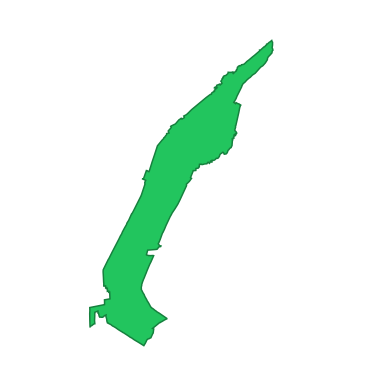 outline of Scobinti, Iasi, Romania, rotated 127°
{"feature_id": "2599482B99021610053255", "entity_name": "Scobinti", "entity_type": "district", "adm_level": 2, "iso_a3": "ROU", "parent_name": "Romania", "parent_adm1": "Iasi", "projection": "natural_earth1", "projection_center": [26.947, 47.425], "detail": "fine", "context": "isolated", "style": "filled", "palette": "green", "viewbox_px": 384, "rotation_deg": 127, "n_neighbors": 0, "source": "geoboundaries", "source_scale": "gbopen_adm2", "svg_char_len": 5862}
<svg xmlns="http://www.w3.org/2000/svg" viewBox="0 0 384 384"><g transform="rotate(127 192 192)"><path d="M320.2,205.7L319.0,204.5L320.6,203.2L319.9,202.6L320.6,202.1L320.0,201.5L322.3,199.8L321.3,198.9L322.2,198.1L321.5,197.5L326.7,193.2L330.8,197.0L332.5,195.6L334.6,194.1L345.8,204.1L348.3,202.1L350.7,200.5L355.3,196.9L360.8,192.5L361.0,192.2L360.7,192.1L360.3,192.3L360.0,192.1L359.8,192.2L358.7,191.5L358.2,191.5L357.5,191.3L357.4,191.2L356.3,190.9L355.7,190.3L353.4,192.4L349.3,195.2L347.9,196.3L347.4,196.5L347.2,196.8L346.6,197.2L343.7,195.5L345.2,194.3L344.9,193.9L347.0,191.4L347.5,190.5L347.1,190.1L346.8,189.3L345.8,188.0L344.6,187.5L343.9,187.6L343.1,187.3L342.0,186.6L342.9,186.2L343.3,185.7L344.8,183.7L346.4,182.2L347.4,180.8L347.1,180.3L347.3,180.1L346.7,176.8L346.8,175.7L346.8,174.7L346.6,173.9L346.3,171.3L346.3,170.6L346.2,167.5L345.8,163.3L345.8,162.6L345.6,161.8L345.2,155.8L345.2,154.1L345.1,153.3L344.9,153.0L344.8,149.1L344.2,143.8L343.7,138.0L340.6,138.3L337.8,138.9L336.8,139.0L335.5,138.5L335.1,138.0L334.7,138.0L333.2,137.1L328.8,138.1L328.1,138.1L327.5,138.4L325.2,139.7L324.4,140.1L324.7,141.4L315.6,139.2L315.4,138.8L314.9,138.7L313.2,137.9L312.5,137.7L311.8,137.3L311.0,137.1L307.9,135.5L308.1,135.8L308.5,145.4L308.8,147.8L308.7,149.0L308.8,150.2L308.7,152.4L308.7,153.5L308.8,154.0L308.7,155.4L308.2,156.8L307.5,158.2L306.4,160.7L306.0,162.1L305.3,163.3L303.7,167.0L302.9,168.2L302.5,169.1L302.0,170.5L301.0,172.4L300.4,173.8L299.8,174.1L299.3,174.7L298.3,175.3L296.6,176.1L296.1,176.5L293.2,177.5L290.8,178.2L289.3,178.5L285.5,179.6L285.2,179.6L281.8,180.6L275.0,182.3L272.6,182.7L265.9,184.3L266.0,184.6L266.7,185.6L267.8,186.8L268.1,187.4L268.5,187.9L268.8,188.1L269.0,188.9L269.6,190.2L269.6,190.6L265.1,192.4L259.4,186.0L258.6,185.4L256.0,185.4L254.7,184.7L254.5,184.2L253.8,184.3L254.1,185.0L254.3,185.7L253.7,187.8L252.0,188.1L249.2,188.8L242.8,190.8L241.6,190.9L238.2,191.6L234.4,192.6L224.8,194.6L222.3,194.9L221.0,195.2L215.5,195.5L210.2,196.0L205.4,196.9L190.6,200.1L189.9,200.4L189.1,201.2L187.2,200.8L185.6,200.6L185.2,200.5L181.4,200.6L181.5,201.8L175.3,203.5L175.0,203.6L174.2,203.9L173.3,202.7L172.5,201.9L170.9,203.0L169.0,201.3L167.5,201.6L167.4,201.4L165.4,202.7L165.0,202.2L164.8,201.8L164.3,201.6L164.2,201.3L164.2,200.7L163.6,200.0L162.0,198.8L160.5,197.1L159.4,197.2L158.5,197.1L158.5,196.7L158.7,195.4L157.5,195.3L156.4,195.8L156.1,195.8L155.8,195.2L155.9,194.9L156.3,194.5L156.3,194.3L156.2,194.1L155.6,194.3L155.0,195.0L154.6,195.1L154.0,194.1L153.6,193.6L151.9,192.9L150.5,192.9L149.7,191.8L148.9,191.5L147.0,191.6L145.4,192.2L144.4,192.2L142.7,191.5L141.8,191.4L141.6,191.1L141.6,190.6L141.8,190.0L142.3,189.4L142.4,189.0L141.4,188.0L140.9,187.6L140.1,187.5L138.7,187.7L137.1,188.3L136.0,188.0L135.3,188.1L134.2,188.0L133.6,187.8L133.0,187.5L131.6,187.9L131.0,187.9L127.7,190.0L126.6,190.7L125.8,191.4L125.8,190.9L124.4,191.5L123.6,191.0L123.4,191.7L122.6,191.9L121.7,192.4L121.8,191.8L120.8,191.3L120.4,192.5L119.6,192.4L119.8,191.7L119.1,191.6L119.0,191.8L118.9,192.0L118.5,191.9L118.5,191.7L118.0,191.7L117.5,193.0L117.3,193.2L117.2,194.0L117.2,194.7L117.0,194.9L116.1,195.4L114.7,195.9L113.8,196.3L113.5,196.6L113.1,197.1L112.5,197.0L100.3,202.5L95.8,204.7L94.2,205.2L93.3,205.3L93.2,205.5L93.4,205.6L93.7,206.0L93.6,206.3L93.3,206.9L93.9,208.9L94.1,210.6L95.2,210.4L95.3,212.6L91.8,212.9L90.6,213.1L88.6,213.7L86.4,214.1L77.8,215.7L77.2,216.2L76.6,216.1L74.9,216.4L72.3,215.8L69.7,215.6L66.7,215.0L65.4,214.5L62.8,214.2L61.7,214.0L61.4,213.8L59.1,213.0L51.9,212.4L50.5,212.2L48.8,211.5L48.3,211.4L44.7,211.1L41.0,211.4L40.6,211.7L39.6,212.2L38.8,212.4L37.0,212.3L35.0,212.0L34.3,212.1L33.9,211.9L33.7,212.0L33.3,211.8L32.1,212.2L31.7,212.5L30.4,212.9L30.1,212.7L29.3,213.5L28.7,214.6L28.3,215.0L26.9,215.7L26.8,215.8L26.2,216.1L23.9,217.8L23.9,218.1L23.6,218.7L23.0,219.5L25.4,220.1L25.9,220.4L28.3,220.8L28.6,221.0L28.8,221.3L29.0,221.4L29.3,221.2L29.8,221.0L30.5,221.3L31.3,221.4L31.5,221.3L31.9,221.3L32.7,221.6L32.9,221.9L33.6,222.0L37.3,222.7L37.8,222.9L38.0,223.4L38.6,222.9L45.5,224.4L47.7,225.0L52.2,226.0L54.9,226.8L55.4,226.8L58.4,227.3L59.5,228.0L60.6,229.1L61.6,229.0L62.5,229.7L62.6,230.2L63.1,230.3L63.6,230.6L63.9,230.5L65.0,230.8L66.0,230.3L66.7,229.9L67.0,229.9L67.3,230.0L67.4,229.9L68.1,229.7L68.3,229.9L68.9,229.5L69.6,229.8L71.2,230.2L71.7,230.1L72.0,230.3L72.6,230.4L72.5,230.7L71.5,231.6L72.8,232.6L74.0,234.2L74.6,235.2L75.7,234.6L78.2,235.0L80.1,236.3L80.6,236.4L81.6,235.9L81.6,236.3L83.2,236.0L83.6,236.1L83.9,235.7L86.1,235.6L86.1,235.0L87.3,233.4L89.5,233.9L89.0,234.7L92.0,236.5L92.6,235.9L92.9,235.8L95.0,236.9L95.4,236.8L95.3,236.4L94.9,236.2L94.2,235.7L93.8,234.7L97.5,235.4L97.7,235.2L97.6,234.8L97.7,234.7L98.0,234.7L98.0,234.9L98.7,234.9L99.1,235.2L99.7,235.3L100.0,235.6L100.4,235.7L101.0,235.7L101.1,235.8L102.2,235.3L102.5,235.4L102.8,236.0L107.9,237.5L126.5,241.9L131.3,242.6L131.6,242.5L131.9,242.7L133.6,243.0L134.0,243.2L136.3,244.3L136.7,243.4L137.2,242.9L139.8,243.9L139.6,244.9L139.6,245.0L139.9,245.1L140.6,245.2L141.4,245.6L142.4,245.9L147.6,246.2L151.1,248.0L152.2,248.5L152.4,248.5L152.5,247.9L152.8,247.5L154.7,247.4L155.9,247.7L157.0,247.5L157.6,247.7L158.8,245.9L160.6,247.4L161.4,246.8L161.6,246.8L164.0,246.9L164.8,246.7L165.2,247.0L165.8,247.1L166.6,246.8L168.3,247.1L175.9,247.4L184.3,244.5L191.8,242.0L200.8,238.8L201.7,238.6L201.8,238.8L201.8,239.4L202.0,240.9L202.3,241.2L202.5,241.1L202.5,241.3L210.6,238.7L211.5,239.9L210.5,236.0L212.7,235.5L213.9,234.5L214.0,234.3L224.3,230.8L226.2,230.3L242.7,227.3L245.6,226.9L245.8,227.1L252.8,225.5L255.6,225.3L256.4,225.1L257.4,224.7L261.5,224.2L265.9,223.5L267.6,223.0L270.4,222.7L273.3,222.1L288.1,219.6L295.7,218.2L296.1,218.3L307.1,216.2L307.7,216.0L309.3,214.9L313.2,211.6L317.3,208.2L318.1,207.4L319.8,206.2L320.2,205.7Z" fill="#22c55e" stroke="#15803d" stroke-width="1.5"/></g></svg>